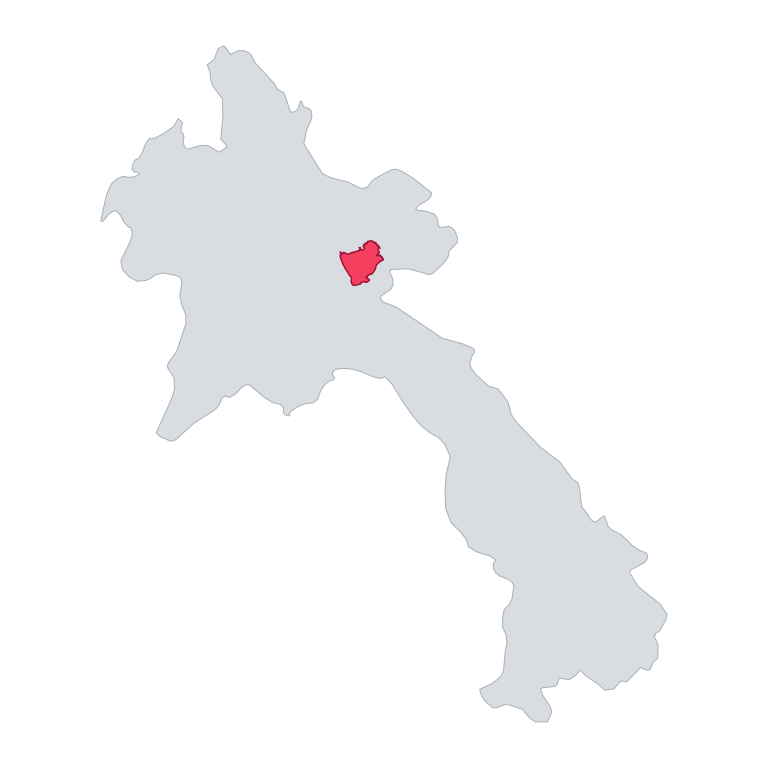 location of Kham, Xiangkhoang, Laos
{"feature_id": "54806243B15908522447592", "entity_name": "Kham", "entity_type": "district", "adm_level": 2, "iso_a3": "LAO", "parent_name": "Laos", "parent_adm1": "Xiangkhoang", "projection": "orthographic", "projection_center": [103.704, 19.758], "detail": "fine", "context": "in_parent", "style": "filled", "palette": "rose", "viewbox_px": 768, "rotation_deg": 0, "n_neighbors": 0, "source": "geoboundaries", "source_scale": "gbopen_adm2", "svg_char_len": 8551}
<svg xmlns="http://www.w3.org/2000/svg" viewBox="0 0 768 768"><path d="M251.4,55.5L255.4,63.1L274.2,83.5L277.4,89.0L284.4,93.3L290.1,111.3L292.5,112.4L295.7,111.2L298.1,108.7L300.1,101.8L301.4,101.0L303.5,106.8L308.8,108.5L311.2,111.0L311.9,115.4L311.1,119.8L306.5,130.0L303.8,143.8L322.3,173.4L330.1,177.5L348.8,182.3L361.4,188.8L367.3,187.3L372.9,180.0L379.7,175.9L392.2,169.5L395.9,169.2L402.8,171.7L414.2,179.0L431.5,192.7L430.9,196.3L427.8,199.9L418.6,205.4L415.7,208.9L417.5,210.2L425.2,211.1L434.3,214.1L437.1,217.8L438.6,225.9L440.3,227.5L448.7,226.5L451.3,227.6L454.4,230.2L457.4,237.0L457.4,242.1L449.0,251.2L448.1,256.6L443.8,263.0L432.3,273.8L429.2,274.5L407.9,268.7L390.9,269.5L389.6,271.8L392.4,278.3L393.3,284.7L390.6,289.6L380.9,296.0L380.5,298.8L382.5,301.7L396.7,307.4L442.2,338.2L463.0,344.0L472.1,347.8L474.5,350.0L474.4,352.7L472.0,356.1L470.1,362.2L470.1,365.9L472.2,369.4L475.9,374.6L488.8,386.3L498.2,389.0L508.1,402.3L511.1,414.1L516.0,421.6L540.0,446.8L560.0,462.2L572.0,478.9L577.8,482.6L579.7,488.7L581.5,506.5L588.5,515.3L590.0,518.8L593.1,521.4L596.4,521.9L603.3,515.9L604.7,516.7L608.0,526.1L610.9,529.4L621.6,535.0L632.9,546.1L639.0,550.1L646.6,553.1L647.7,556.7L646.4,560.4L644.1,562.8L631.2,569.6L629.5,572.5L638.3,586.8L660.3,604.2L667.2,614.8L665.8,619.9L660.0,630.5L655.6,633.4L654.4,636.7L658.0,645.1L657.8,658.3L653.7,661.5L650.0,669.6L647.3,670.3L640.6,667.5L626.9,681.6L620.8,681.0L613.9,688.9L604.9,690.1L598.5,684.4L585.1,675.4L580.3,669.8L576.2,674.8L569.2,679.7L559.3,678.1L556.7,685.1L554.8,686.4L542.8,687.7L540.6,688.9L542.6,695.1L549.7,705.7L551.9,711.8L547.6,721.9L535.2,721.8L529.5,717.8L522.5,709.4L506.5,704.0L495.9,707.9L492.6,707.8L484.6,700.7L481.6,696.1L479.7,689.3L491.8,683.6L497.9,679.2L502.0,674.6L503.6,669.8L505.4,649.9L507.1,642.9L506.0,634.3L502.7,627.6L502.6,617.4L504.3,609.2L508.9,605.0L512.0,599.1L513.8,585.8L512.3,582.4L507.8,579.2L500.1,576.2L495.3,572.4L493.3,567.7L493.5,563.5L495.8,559.9L490.0,556.0L476.2,551.7L468.4,546.6L466.8,540.4L461.0,532.4L451.0,522.6L445.7,508.3L445.1,489.6L446.2,474.4L450.4,456.8L444.6,444.1L438.2,437.4L429.4,432.5L421.0,425.5L413.1,416.3L403.5,402.7L392.4,384.7L385.0,376.6L381.2,378.5L373.2,376.8L361.0,371.6L350.4,368.8L341.3,368.4L335.4,369.5L332.6,372.3L332.4,375.0L334.7,377.7L333.5,379.8L328.7,381.3L324.9,384.3L320.6,390.8L317.5,399.5L313.0,402.8L306.0,403.5L299.2,405.9L292.4,410.1L289.2,413.3L289.6,415.5L288.1,416.0L284.8,414.7L283.3,411.8L283.5,407.3L280.0,404.3L273.0,402.7L265.0,397.8L249.8,385.2L246.3,384.6L241.3,387.8L234.7,394.7L229.3,397.4L225.0,395.9L221.7,398.4L219.3,404.7L215.0,409.7L194.3,422.9L175.5,439.9L170.8,441.4L159.7,436.4L156.2,432.9L172.1,397.7L174.5,389.1L174.1,377.7L167.8,368.1L167.5,365.4L168.6,362.5L176.6,351.6L186.0,323.4L185.7,314.6L181.8,304.8L179.8,295.6L181.7,283.1L181.1,278.2L176.9,275.7L163.0,273.0L154.9,274.9L151.0,278.2L146.3,280.3L137.5,281.3L129.2,276.9L122.4,269.6L120.9,260.8L130.0,242.0L132.2,234.7L132.0,231.3L130.6,227.6L128.5,227.1L124.2,222.5L120.0,214.6L116.0,210.9L112.2,211.5L108.6,214.4L102.6,221.7L100.8,220.7L106.5,194.7L111.5,183.6L117.3,178.6L123.3,176.5L129.6,177.4L135.0,176.6L139.3,173.9L138.9,172.4L133.9,171.9L131.9,168.9L133.1,163.3L135.4,159.8L138.9,158.2L142.3,152.6L145.8,143.1L149.8,138.4L154.4,138.3L162.4,134.3L173.8,126.4L178.2,118.7L182.4,122.3L180.7,131.4L182.9,133.3L183.9,136.6L183.2,141.6L184.1,145.9L185.7,148.0L188.2,149.1L200.2,145.6L207.5,145.4L219.3,152.2L226.4,147.4L226.6,145.5L220.8,139.2L222.9,116.3L222.3,98.8L212.7,85.8L210.8,80.6L209.9,72.2L207.3,64.9L214.3,59.2L218.2,48.6L223.2,46.1L224.7,46.5L230.6,54.6L238.2,50.7L244.0,50.7L248.8,52.9L251.4,55.5Z" fill="#d9dde1" stroke="#a8b0b8" stroke-width="1"/><path d="M340.3,252.2L340.3,252.3L340.4,252.7L340.3,252.8L340.4,253.1L340.5,253.4L340.6,253.6L340.8,254.3L340.7,254.5L340.5,254.8L340.6,255.2L340.6,255.4L340.2,255.5L340.5,257.6L340.6,257.8L340.7,258.2L340.8,258.4L341.0,259.2L341.4,260.2L341.5,260.6L342.1,262.0L342.4,263.0L343.2,264.6L344.1,266.3L345.0,267.9L345.1,268.2L345.1,268.4L345.6,269.0L346.1,270.0L347.2,271.3L348.8,274.1L349.2,275.2L350.0,275.9L350.6,276.4L351.4,277.5L351.4,277.8L351.5,278.4L351.2,280.1L351.2,281.2L351.3,282.2L351.4,282.5L351.7,283.3L351.9,283.6L352.4,284.5L352.5,284.7L352.8,284.8L352.8,285.0L354.2,285.3L354.4,285.3L355.1,285.2L356.9,284.9L358.8,284.4L359.4,284.3L360.2,284.1L360.5,284.0L361.0,283.5L361.0,283.0L361.1,282.8L361.6,282.5L361.8,282.1L362.5,281.8L364.3,281.9L364.7,281.9L365.4,282.2L366.0,282.3L366.4,282.3L366.9,282.2L367.3,281.9L368.8,280.8L369.0,280.6L369.4,280.0L369.4,279.7L368.8,279.3L368.5,279.2L368.3,279.0L368.1,278.8L367.4,278.7L367.5,278.1L367.5,277.8L367.4,277.5L367.1,277.2L366.7,277.3L366.4,277.4L366.1,277.4L366.0,277.1L366.1,276.8L366.6,276.5L367.0,276.4L367.3,276.4L367.6,276.1L367.7,275.8L367.9,275.6L368.1,275.3L369.1,275.0L369.4,274.8L369.7,274.4L370.3,274.3L370.7,274.3L371.4,274.2L371.8,273.9L372.2,273.4L372.4,273.1L372.7,272.8L373.1,272.5L373.7,271.8L374.2,270.7L374.5,270.4L375.3,269.1L375.8,267.2L376.1,265.9L376.4,265.2L377.6,263.7L379.5,262.1L380.5,261.3L381.9,260.6L383.2,259.9L383.2,259.7L383.3,259.4L383.2,259.2L382.8,258.8L382.8,258.6L382.8,258.4L382.6,258.3L382.5,258.2L382.5,257.8L381.9,257.6L382.0,257.3L382.0,257.2L381.9,256.9L381.5,256.7L381.4,256.7L381.4,256.4L381.2,256.3L380.7,256.1L380.7,255.9L380.5,255.7L380.4,255.6L380.4,255.9L380.5,256.0L380.4,256.1L380.2,255.8L379.9,255.9L379.7,255.8L379.5,255.7L379.4,255.6L379.3,255.4L379.1,255.4L378.8,255.6L378.7,255.3L378.2,255.1L377.5,255.3L377.3,255.4L377.3,255.1L377.2,255.0L376.9,255.2L376.9,254.8L377.1,254.6L377.5,254.4L378.0,254.0L378.1,253.8L378.1,253.5L378.3,253.5L378.5,253.4L378.8,253.4L379.1,253.2L379.2,252.8L379.2,252.7L379.2,252.3L379.2,252.1L379.0,251.9L378.9,251.6L378.7,251.5L378.7,251.3L378.5,251.1L378.3,250.9L378.3,250.7L378.5,250.5L378.3,249.9L378.3,249.7L378.2,249.6L378.3,249.4L378.5,249.3L378.4,249.0L378.3,248.6L378.7,248.4L378.8,248.4L379.0,248.1L379.0,247.8L378.8,247.8L378.7,247.4L379.1,247.3L379.3,247.4L379.1,247.1L379.0,246.9L379.0,246.7L379.1,246.4L378.8,246.4L378.7,246.2L378.2,246.5L377.9,246.0L377.7,245.9L377.6,245.5L377.4,245.5L377.2,245.5L377.2,245.4L377.3,245.2L377.0,245.2L376.8,245.0L376.7,244.9L376.8,244.6L376.6,244.6L376.6,244.4L376.6,244.2L376.3,244.1L376.2,243.8L376.0,243.7L375.8,243.5L375.9,243.3L375.9,243.1L375.6,243.1L375.4,242.8L375.4,242.6L375.5,242.5L375.4,242.4L374.8,242.4L374.7,242.6L374.4,242.8L374.2,242.7L374.1,242.8L373.9,242.9L373.7,242.2L373.4,241.8L373.0,241.7L372.8,241.5L372.6,241.4L372.5,241.1L372.3,241.1L372.0,241.0L371.7,241.0L371.4,241.1L371.2,241.0L371.1,240.9L370.9,240.7L370.3,241.0L370.1,241.0L369.8,241.0L369.6,241.2L369.4,241.3L369.2,241.3L369.0,241.2L368.9,241.2L368.7,241.4L368.4,241.3L368.2,241.5L367.9,241.4L367.5,241.5L367.5,241.4L367.4,241.6L367.4,241.8L367.4,242.0L367.6,242.0L367.5,242.4L367.5,242.7L367.3,242.7L367.2,242.9L367.0,243.1L366.9,243.0L366.9,242.9L366.7,243.0L366.4,242.9L366.3,243.1L366.3,243.3L366.1,243.3L365.9,243.6L365.5,243.6L365.4,243.6L365.2,243.6L365.3,243.8L365.3,244.0L365.2,244.0L364.8,244.1L364.7,244.1L364.4,244.2L364.4,244.3L364.2,244.3L364.1,244.5L363.9,244.7L363.9,244.9L363.8,245.0L363.8,245.3L363.8,245.5L364.0,245.6L364.0,245.8L363.9,246.0L363.7,246.2L363.4,246.3L363.7,246.5L363.8,246.6L363.9,246.9L364.0,247.0L364.0,247.5L364.0,247.8L364.2,248.1L364.4,248.2L364.4,248.4L364.5,248.5L364.4,248.9L364.1,249.2L363.9,249.5L363.7,249.8L363.2,250.0L362.9,250.1L362.8,249.9L362.7,249.8L362.2,249.9L361.6,249.8L361.4,249.6L361.0,249.1L360.8,248.9L360.6,248.8L360.5,248.4L360.5,247.9L360.4,247.8L360.2,247.7L359.8,247.6L359.7,247.6L359.3,247.6L359.4,247.9L359.5,248.1L359.6,248.8L359.7,249.0L360.0,249.3L360.1,249.5L360.1,250.1L359.6,250.2L359.0,250.5L358.8,250.6L358.6,250.8L358.6,251.1L358.4,251.1L358.2,251.0L357.9,250.8L357.7,250.8L357.5,251.1L357.3,251.2L357.1,251.2L356.7,251.5L356.4,251.5L355.7,251.4L355.4,251.5L355.1,251.7L354.7,252.3L354.3,252.4L354.1,252.4L353.7,252.2L353.5,252.3L353.1,252.7L352.8,252.5L352.8,252.3L352.6,252.2L352.3,252.2L352.0,252.3L351.3,252.8L351.0,253.3L350.9,253.3L350.6,253.2L350.4,253.2L349.8,253.4L349.7,253.5L349.3,254.3L349.0,254.4L348.0,254.2L347.7,254.1L347.3,254.1L347.1,254.0L346.7,253.5L346.4,253.4L345.6,253.5L345.3,253.4L344.9,253.0L344.2,252.5L343.6,252.3L343.3,252.4L343.2,252.7L343.0,253.0L342.9,253.2L342.8,253.5L342.8,253.8L342.5,254.0L342.2,253.9L342.0,254.0L341.8,253.5L341.5,253.3L341.4,253.0L341.2,253.0L340.9,252.8L340.9,252.6L340.3,252.2Z" fill="#f43f5e" stroke="#9f1239" stroke-width="1.5"/></svg>